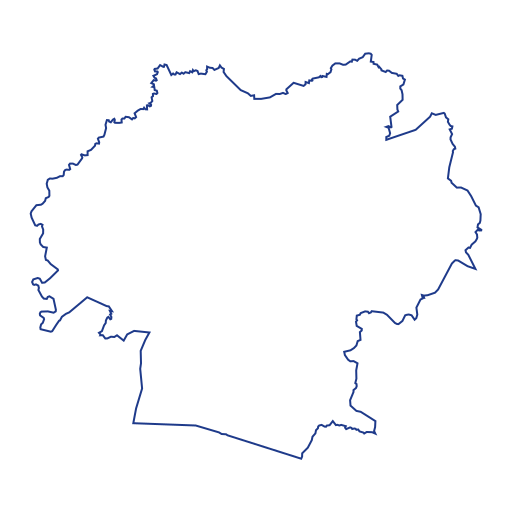 Jolalpan, Puebla, Mexico
{"feature_id": "50627088B30927628561887", "entity_name": "Jolalpan", "entity_type": "district", "adm_level": 2, "iso_a3": "MEX", "parent_name": "Mexico", "parent_adm1": "Puebla", "projection": "mercator", "projection_center": [-98.941, 18.299], "detail": "fine", "context": "isolated", "style": "outline", "palette": "blue", "viewbox_px": 512, "rotation_deg": 0, "n_neighbors": 0, "source": "geoboundaries", "source_scale": "gbopen_adm2", "svg_char_len": 5880}
<svg xmlns="http://www.w3.org/2000/svg" viewBox="0 0 512 512"><path d="M52.2,331.2L56.2,324.9L59.1,320.7L60.0,320.4L61.9,316.8L66.0,313.8L69.2,312.4L87.2,297.3L106.6,306.1L108.8,306.4L112.0,311.2L109.9,310.9L111.3,313.8L110.1,314.5L111.4,317.0L111.2,318.9L110.3,319.3L108.4,316.9L107.3,317.6L105.9,320.5L105.7,323.0L104.1,325.3L101.9,331.2L99.0,332.8L100.7,334.8L100.4,335.3L102.8,335.2L105.3,338.5L107.4,338.4L111.0,336.7L114.3,337.0L117.0,335.3L123.7,340.6L127.2,334.4L134.1,330.9L149.4,332.5L145.3,339.9L140.7,350.8L141.0,363.3L140.2,368.8L142.1,388.5L136.1,408.4L133.3,423.2L195.7,425.5L219.0,432.4L221.6,434.0L226.1,434.3L227.5,435.3L301.2,458.7L302.1,456.6L302.2,453.3L307.8,447.7L311.8,440.1L312.5,436.7L315.4,433.4L316.0,430.2L317.9,428.3L318.2,426.5L319.2,425.5L321.6,424.9L324.6,426.6L326.0,426.7L326.7,425.6L329.6,425.2L332.8,421.1L335.9,425.1L337.3,424.8L339.4,425.5L341.2,424.9L345.8,426.2L345.1,427.7L346.2,429.1L350.1,427.4L351.5,427.9L352.2,429.0L354.3,428.5L355.6,428.8L356.4,429.8L358.2,429.5L359.5,431.4L363.5,432.6L364.2,433.5L366.7,432.0L372.1,432.2L375.3,433.6L374.1,431.0L375.1,427.1L375.4,421.1L360.7,411.8L356.4,410.9L350.5,405.6L350.1,400.2L353.5,392.0L353.5,390.1L356.0,388.0L356.7,386.2L356.5,384.0L355.3,383.1L356.4,378.7L356.2,370.4L357.5,363.3L353.6,361.1L350.3,361.3L348.1,359.7L344.9,355.1L344.2,351.8L350.5,350.3L353.9,348.1L356.4,345.5L357.7,341.1L360.5,339.9L359.9,332.1L361.7,330.5L361.8,328.9L356.7,325.9L356.0,321.7L357.1,320.3L356.4,319.3L356.8,315.6L359.8,314.8L360.7,313.1L365.1,311.4L367.9,311.7L369.0,313.2L370.9,312.4L371.7,311.2L383.3,312.6L387.0,314.8L395.0,323.0L397.0,324.0L398.5,324.1L402.4,321.0L405.2,315.3L406.8,314.8L408.8,314.5L411.6,315.3L414.6,319.7L416.3,318.1L417.3,314.6L416.4,307.6L420.5,299.5L422.6,298.5L422.5,297.7L424.1,297.8L423.6,296.4L422.1,295.8L421.9,295.0L423.9,295.6L427.7,295.2L435.0,292.7L438.1,289.5L451.9,263.5L454.6,260.8L455.4,260.2L458.1,260.5L467.6,266.2L475.4,268.9L468.3,254.8L466.0,252.4L465.5,250.2L468.5,247.5L470.0,247.9L471.7,244.6L475.4,241.4L476.8,239.0L477.3,237.7L477.0,234.5L475.5,232.1L477.9,229.6L479.1,230.5L481.2,230.4L481.3,229.8L477.5,227.4L478.0,224.4L479.8,222.9L480.4,220.6L480.7,214.2L478.6,207.3L475.9,205.6L471.2,196.2L467.5,190.5L461.0,187.5L456.8,187.6L451.6,182.8L451.1,180.8L447.9,178.4L449.3,167.2L453.0,152.3L452.8,151.1L453.8,149.2L455.3,148.6L454.9,146.7L452.6,143.9L450.5,139.4L450.6,137.3L452.1,134.1L449.7,129.4L451.9,128.7L452.4,126.4L450.7,126.0L449.5,124.6L447.9,121.8L448.3,119.3L446.0,117.4L444.7,113.6L443.8,112.9L435.7,114.9L431.8,113.3L430.1,116.7L415.7,129.8L386.3,139.8L386.3,137.0L389.3,135.7L390.1,133.2L388.6,127.8L386.3,126.9L388.5,126.1L390.9,127.4L391.5,127.0L390.2,116.7L398.2,111.5L397.4,109.4L397.2,105.0L402.6,99.8L402.5,94.3L401.6,90.2L400.3,88.6L400.3,86.4L403.4,84.5L404.9,79.6L403.0,78.5L402.4,75.8L399.6,75.3L398.3,75.9L396.7,73.8L391.8,72.9L389.0,70.7L387.1,70.5L385.7,72.0L381.5,70.4L381.4,69.4L379.1,66.7L378.6,67.2L377.2,64.6L373.6,63.8L373.5,62.0L370.8,61.6L371.7,54.9L370.7,53.7L368.8,53.3L365.2,53.7L362.7,57.2L359.1,58.7L357.2,60.8L355.1,59.7L352.4,59.6L351.8,61.7L350.3,61.4L345.7,64.6L343.1,64.8L339.6,63.4L335.3,63.4L332.4,65.6L330.8,68.2L331.4,69.3L330.5,72.2L327.8,74.2L326.8,73.9L326.5,76.9L322.5,76.0L322.2,77.0L321.3,77.2L320.4,76.0L319.0,77.3L312.7,78.6L312.0,79.4L312.4,80.5L311.9,80.8L309.3,80.4L308.9,83.1L305.6,82.0L305.5,84.3L303.6,85.9L293.6,82.8L286.4,89.3L286.3,90.4L287.7,93.0L286.5,93.7L285.6,94.0L283.0,92.9L279.8,94.0L276.0,93.9L269.9,97.4L261.0,98.9L254.3,98.9L254.1,95.3L250.8,95.9L247.9,93.3L240.7,90.1L226.4,76.1L223.6,72.0L223.9,68.9L221.5,67.6L219.9,65.4L218.7,68.0L214.4,69.9L212.6,68.0L209.7,67.7L207.1,66.6L207.1,69.3L206.3,70.2L206.9,71.7L205.4,74.2L200.9,73.6L198.7,74.1L197.5,71.0L195.8,70.3L193.7,71.2L192.9,70.1L192.2,72.3L190.1,71.2L189.2,73.1L185.3,72.2L183.6,73.7L181.8,72.6L180.0,74.1L176.6,72.3L175.5,74.5L174.3,74.5L173.1,73.5L171.3,75.0L166.6,65.0L164.5,64.5L164.0,66.8L163.4,66.9L160.1,65.1L157.6,68.5L154.7,68.9L154.3,69.6L155.0,71.4L157.4,71.5L157.8,72.1L157.0,74.2L153.4,75.8L154.6,77.8L156.0,78.4L156.7,80.2L156.0,80.7L153.7,80.1L151.3,83.1L153.9,84.3L154.0,85.5L152.5,86.8L154.3,87.1L154.7,90.1L156.8,90.7L157.4,93.0L156.5,94.0L154.0,93.5L152.9,93.9L153.0,96.1L151.6,97.3L152.3,101.0L150.7,102.9L149.4,103.3L151.1,104.8L151.0,105.8L149.8,106.4L147.9,105.2L146.9,105.4L147.1,109.4L145.4,109.3L144.1,107.7L143.3,109.1L140.6,109.0L137.8,110.6L134.6,113.3L136.1,117.1L134.7,118.4L133.2,118.0L132.0,119.4L128.9,117.2L125.6,116.8L124.4,118.5L122.5,118.5L121.5,119.5L121.7,122.5L119.2,122.9L115.0,122.8L114.3,122.2L114.8,119.9L114.3,118.8L112.9,119.6L110.8,122.3L109.1,121.5L108.7,120.2L106.9,120.1L105.5,124.8L106.1,128.1L104.4,134.8L103.5,136.6L98.8,137.6L97.9,138.7L99.2,142.3L99.0,143.6L96.5,143.3L95.3,143.9L95.0,145.7L91.0,149.9L87.6,151.3L87.6,155.1L84.8,155.4L81.5,154.3L81.0,154.9L82.3,157.3L82.1,158.3L77.5,164.6L75.9,165.0L72.9,163.6L70.0,163.6L69.0,164.9L70.2,169.1L69.3,169.8L66.3,169.6L65.0,170.2L64.0,171.7L63.7,175.0L62.7,176.2L60.0,176.2L56.9,177.8L52.5,178.7L49.9,178.5L47.8,179.8L46.7,183.7L47.4,187.4L49.3,190.7L49.4,195.8L48.6,197.0L45.8,198.2L45.1,200.9L42.6,203.7L41.0,204.7L36.4,205.2L31.5,211.3L30.7,213.6L31.6,217.6L35.2,225.3L37.1,225.8L38.5,224.5L40.7,223.9L42.5,224.8L42.0,226.4L43.2,229.6L43.1,233.4L39.8,239.0L39.9,242.4L40.7,244.4L43.2,247.0L46.8,247.6L45.1,256.3L45.9,259.9L47.7,260.5L50.7,264.1L57.8,269.4L58.0,270.4L50.0,278.3L44.8,282.5L42.1,282.8L39.8,278.7L37.7,278.0L33.3,279.4L32.1,282.0L33.1,284.4L34.2,284.9L36.0,284.4L38.3,285.6L38.9,287.9L38.4,290.0L41.9,296.5L43.8,298.6L46.8,298.9L47.7,297.0L49.4,296.3L53.5,298.8L55.9,309.8L55.7,311.4L53.6,312.7L47.9,311.4L41.5,311.6L40.4,312.3L39.8,313.8L40.1,315.4L43.7,317.9L44.1,319.2L42.8,322.8L41.1,324.4L40.3,327.5L40.6,329.2L50.8,331.7L52.2,331.2Z" fill="none" stroke="#1e3a8a" stroke-width="2"/></svg>